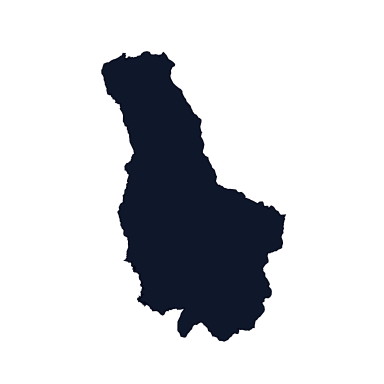 outline of Bo Kluea, Nan, Thailand, rotated 344°
{"feature_id": "78962969B52276482887751", "entity_name": "Bo Kluea", "entity_type": "district", "adm_level": 2, "iso_a3": "THA", "parent_name": "Thailand", "parent_adm1": "Nan", "projection": "robinson", "projection_center": [101.149, 19.126], "detail": "fine", "context": "isolated", "style": "filled", "palette": "ink", "viewbox_px": 384, "rotation_deg": 344, "n_neighbors": 0, "source": "geoboundaries", "source_scale": "gbopen_adm2", "svg_char_len": 6067}
<svg xmlns="http://www.w3.org/2000/svg" viewBox="0 0 384 384"><g transform="rotate(344 192 192)"><path d="M189.4,46.2L187.3,44.9L184.2,44.7L181.6,45.8L181.0,47.0L178.0,47.1L177.5,46.8L175.7,47.6L174.0,47.1L173.1,47.7L171.6,46.4L169.6,46.5L169.3,45.2L168.2,45.0L167.6,46.1L167.1,45.8L166.3,45.9L166.0,46.5L165.3,46.7L164.9,46.1L165.0,45.7L164.2,44.9L164.4,43.7L164.9,43.3L164.8,42.8L165.4,42.5L165.0,41.4L165.6,40.6L164.0,40.0L162.6,42.0L160.4,42.2L159.7,42.8L154.9,43.7L153.2,43.6L150.7,44.0L147.7,45.2L145.9,44.7L142.9,45.0L141.0,47.7L140.5,49.0L139.1,50.1L138.3,53.2L139.1,55.2L139.4,57.6L138.7,60.1L139.0,60.8L138.9,63.7L138.5,64.8L138.9,66.5L138.8,67.5L139.4,68.6L138.5,70.6L138.3,74.4L139.4,75.4L141.3,76.0L141.3,78.0L142.2,79.2L142.1,80.6L143.5,81.2L144.0,82.3L144.3,83.9L143.6,84.8L144.9,85.5L145.4,86.4L147.2,87.2L147.5,87.9L147.0,89.5L147.2,91.4L146.2,92.3L147.4,96.0L147.6,99.4L145.7,105.3L146.3,106.9L146.3,109.8L147.6,110.4L148.0,112.2L147.4,113.6L147.7,115.7L147.3,117.5L148.3,119.0L147.8,119.8L148.0,120.6L147.5,121.4L147.1,124.5L146.7,125.3L147.0,126.3L146.5,126.8L148.0,135.8L147.6,137.7L147.9,138.9L147.3,139.7L145.5,140.2L144.7,141.5L143.8,142.1L143.9,143.3L142.9,144.1L141.8,146.0L140.3,146.2L139.1,147.0L137.0,147.0L134.7,149.1L134.6,150.5L134.0,152.2L135.3,153.0L135.3,154.2L135.7,155.1L135.6,156.3L136.6,157.2L136.6,158.6L133.5,163.1L133.1,164.0L133.6,164.7L133.2,165.9L131.6,166.7L131.3,167.5L131.5,168.4L130.6,169.4L130.6,170.5L128.3,171.9L127.2,175.1L126.2,176.1L125.1,176.5L124.8,178.7L123.6,181.8L123.6,183.1L120.6,184.0L119.7,184.7L118.9,185.9L118.2,186.5L117.9,187.3L118.1,188.5L117.8,189.3L115.4,190.9L115.8,194.4L115.5,196.3L115.8,197.4L115.2,200.4L115.8,201.6L114.7,204.2L115.2,205.7L115.2,207.5L116.0,208.6L116.4,210.3L115.2,213.1L115.1,214.4L115.5,215.3L117.3,216.9L118.2,218.3L117.4,220.0L117.8,221.4L116.7,224.8L116.2,227.7L113.2,231.7L113.7,232.2L112.4,234.0L112.7,234.8L112.4,235.5L111.8,235.9L111.6,237.7L110.2,238.5L110.0,239.1L109.0,239.3L111.6,240.8L111.9,241.7L114.7,242.6L114.4,244.8L113.8,246.2L115.2,247.8L116.3,247.7L116.4,248.4L115.9,249.0L114.8,248.9L114.3,249.7L116.4,250.1L115.3,251.2L114.7,251.0L114.2,252.0L115.1,252.9L115.8,252.9L116.4,253.5L117.5,253.8L118.2,255.7L119.4,256.9L119.2,257.6L118.3,258.4L117.9,260.8L118.0,261.7L118.8,262.9L118.7,263.8L119.0,264.1L118.7,264.7L119.3,265.3L119.1,265.7L118.6,265.6L118.2,266.9L117.5,266.7L117.2,267.1L117.7,267.5L117.4,268.3L118.4,269.0L118.4,269.7L118.7,269.9L118.1,270.7L118.8,271.2L118.8,271.9L117.3,272.0L116.8,273.3L115.5,274.2L115.6,275.9L115.3,276.4L116.5,276.9L115.0,277.3L115.2,277.9L114.6,278.4L114.7,279.0L113.7,279.3L113.0,278.6L113.1,279.6L111.2,279.2L110.7,279.5L110.3,280.2L110.7,280.7L111.8,280.8L110.7,281.6L110.8,282.3L111.4,282.1L111.8,282.7L112.6,282.6L112.7,283.7L113.4,283.7L113.3,284.5L114.4,285.4L114.6,285.0L115.8,284.6L115.9,285.1L114.3,286.1L114.9,286.5L115.0,287.1L115.9,286.7L115.7,287.8L116.6,287.2L116.7,285.8L117.3,285.8L117.8,287.6L118.5,288.0L120.2,290.4L120.4,292.5L121.6,293.6L121.6,295.1L125.0,295.9L126.0,296.4L127.2,297.7L128.7,300.8L129.9,301.9L131.0,301.7L132.3,300.4L132.5,299.7L133.9,299.0L135.3,298.5L136.3,299.3L138.0,297.8L138.5,298.6L139.3,299.0L142.0,298.5L142.8,298.9L144.6,298.9L145.5,299.5L146.1,300.7L146.9,300.5L148.2,301.2L150.3,301.3L151.2,301.0L152.3,301.4L152.2,303.0L148.6,305.8L146.8,308.7L143.0,312.9L140.6,320.8L140.6,321.7L141.8,324.1L141.9,327.5L144.8,329.2L145.9,329.2L148.4,326.5L150.1,325.6L152.3,323.9L153.7,323.3L155.0,321.2L155.9,320.7L156.4,320.0L158.7,319.7L160.1,320.4L162.1,319.5L165.0,319.0L166.9,321.1L167.3,323.0L168.3,323.4L168.8,325.1L169.8,326.3L170.1,328.1L169.9,329.8L171.9,331.8L172.5,336.0L173.5,336.2L176.6,338.5L177.1,340.8L177.8,342.1L180.2,342.8L181.8,344.0L185.7,343.4L187.8,341.8L190.3,341.0L191.6,339.4L192.9,339.4L194.1,338.7L196.4,340.3L197.2,340.3L198.3,338.6L198.4,336.9L198.8,336.2L200.7,337.3L202.4,337.5L205.7,339.4L207.2,339.5L208.8,340.4L210.0,339.8L211.0,339.8L212.9,338.7L214.3,339.2L214.7,337.5L217.1,332.7L219.0,332.1L221.1,330.5L222.9,330.0L228.0,326.4L228.9,324.9L229.3,322.1L228.5,319.3L228.3,317.3L231.0,316.6L231.4,314.7L232.7,313.7L234.4,313.7L236.2,314.5L237.9,313.9L239.6,312.3L240.7,309.1L240.7,307.3L239.4,304.7L239.2,303.4L240.6,302.1L240.7,301.0L239.7,296.4L238.5,294.1L238.6,292.6L239.3,290.3L238.2,288.2L238.0,287.0L238.5,286.1L238.5,284.9L238.9,284.2L242.2,281.5L245.6,280.1L246.1,278.3L246.2,274.1L248.0,271.3L248.7,271.1L250.1,271.7L250.9,271.3L253.2,271.5L254.5,271.0L257.0,271.4L258.8,270.5L261.6,270.3L262.7,270.0L263.0,268.7L264.7,266.2L265.1,263.8L264.8,260.6L265.2,259.1L266.3,257.4L268.0,256.2L268.3,253.8L269.6,252.3L269.8,249.7L270.6,248.7L271.0,246.9L271.9,245.7L271.9,245.1L273.4,243.4L272.8,241.6L273.8,241.3L275.0,239.9L270.6,239.1L269.6,236.9L269.1,234.6L267.1,233.0L266.0,229.3L264.5,227.6L264.0,227.6L261.6,229.1L260.9,229.1L260.6,228.8L260.8,227.3L260.4,226.7L257.5,226.2L256.8,224.5L257.1,222.0L256.7,221.1L254.3,220.6L252.2,221.5L251.4,221.4L247.8,217.8L245.8,216.3L245.1,215.3L241.2,212.6L240.8,211.9L241.6,210.7L240.6,208.1L239.3,206.2L236.6,205.9L235.3,204.5L234.5,202.3L228.8,200.0L227.1,199.7L224.9,198.0L223.7,197.6L222.4,195.2L221.1,194.5L220.3,193.3L218.5,192.8L217.2,188.2L219.6,183.8L219.2,182.8L219.2,177.2L217.3,174.0L217.5,171.9L216.6,168.6L216.2,165.6L216.5,163.4L214.1,161.2L213.4,158.9L212.4,157.7L213.3,154.7L214.5,153.2L216.3,149.5L216.2,145.2L215.1,140.9L216.6,138.5L216.9,137.4L217.4,137.2L216.9,136.3L217.2,131.3L219.6,127.2L220.3,125.2L219.4,123.7L217.9,122.6L217.8,121.5L217.0,119.4L215.3,118.1L214.8,116.3L214.2,115.4L214.3,113.8L213.8,111.9L213.7,108.9L211.0,103.5L211.1,101.1L210.4,99.8L209.6,96.3L209.6,95.1L209.1,94.2L209.8,93.0L209.8,92.3L208.9,90.2L207.8,89.3L205.2,85.7L203.4,82.5L202.3,77.0L202.5,74.1L204.1,71.7L204.5,69.1L207.4,65.9L209.7,65.6L210.3,64.4L209.1,62.1L206.8,59.4L205.6,58.5L204.6,53.8L202.9,50.3L202.1,50.7L200.9,52.1L198.7,51.8L198.2,52.6L197.8,52.7L197.1,51.5L194.9,50.2L192.8,50.0L190.2,49.0L189.5,47.7L189.4,46.2Z" fill="#0f172a" stroke="#020617" stroke-width="1.5"/></g></svg>